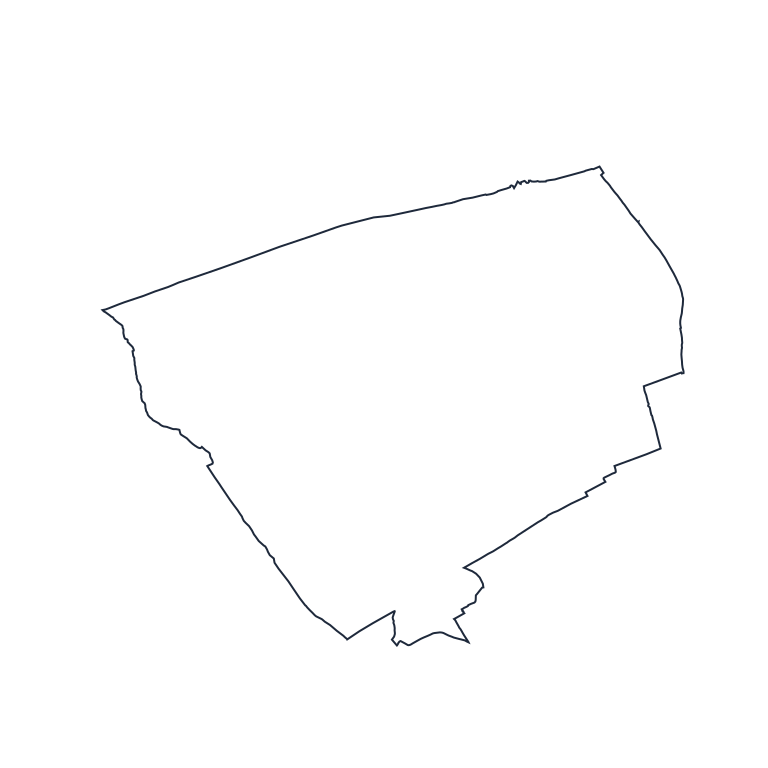 the district of Lozna, Botosani, Romania, rotated 192°
{"feature_id": "2599482B52450047421135", "entity_name": "Lozna", "entity_type": "district", "adm_level": 2, "iso_a3": "ROU", "parent_name": "Romania", "parent_adm1": "Botosani", "projection": "robinson", "projection_center": [26.277, 47.936], "detail": "fine", "context": "isolated", "style": "outline", "palette": "slate", "viewbox_px": 768, "rotation_deg": 192, "n_neighbors": 0, "source": "geoboundaries", "source_scale": "gbopen_adm2", "svg_char_len": 6152}
<svg xmlns="http://www.w3.org/2000/svg" viewBox="0 0 768 768"><g transform="rotate(192 384 384)"><path d="M458.2,530.2L463.6,527.1L484.0,514.6L514.7,496.5L540.7,480.1L566.5,464.1L589.9,450.0L605.9,440.6L611.1,436.9L615.5,433.9L627.3,426.9L637.4,420.3L654.9,410.0L659.8,406.9L666.9,402.2L669.0,400.8L671.9,399.0L674.7,397.8L673.2,396.8L671.2,396.2L666.9,394.3L664.7,393.2L662.8,392.7L662.1,391.9L661.2,391.0L660.5,390.8L659.3,389.9L657.5,389.1L656.2,388.5L653.3,387.3L652.1,386.6L651.7,385.9L651.3,384.6L650.7,384.0L650.1,382.8L649.7,380.7L649.6,379.8L648.0,376.2L647.0,374.8L646.9,374.6L646.2,374.4L644.4,374.2L643.9,373.7L643.4,371.7L643.2,371.5L641.8,370.8L640.9,370.0L639.5,369.2L637.6,367.9L636.7,366.7L635.9,365.5L635.7,364.7L636.8,363.8L636.1,362.0L635.1,359.3L633.6,357.5L633.3,355.8L632.3,353.1L631.8,350.9L630.9,349.3L629.8,345.9L628.9,343.7L628.7,343.1L628.7,342.4L628.0,341.3L627.4,340.0L627.3,339.1L626.8,338.0L626.1,336.8L625.2,335.4L623.1,333.2L621.8,331.5L621.4,330.8L621.2,329.4L620.9,328.2L620.5,327.1L619.8,326.4L619.6,325.2L619.6,323.7L618.9,321.9L618.6,320.3L617.8,318.6L617.0,317.1L615.2,316.0L614.1,315.4L613.2,313.9L612.3,310.8L611.8,309.9L611.1,308.2L609.8,306.8L608.5,304.6L607.2,303.5L605.7,302.5L604.1,301.8L602.5,300.6L601.3,300.2L599.8,299.8L597.4,299.1L595.7,298.5L594.2,297.6L592.8,297.1L592.0,296.9L590.6,296.7L589.4,296.8L587.3,296.9L586.3,296.7L581.5,296.1L580.6,296.1L578.2,296.6L575.3,296.7L574.6,296.6L573.7,294.7L572.8,293.0L572.0,292.3L569.7,291.4L565.6,289.9L561.7,287.3L558.7,285.6L556.1,284.4L555.2,284.1L553.2,283.3L551.7,283.0L550.8,283.0L550.4,283.1L549.6,283.7L549.1,284.6L544.7,282.0L541.5,280.8L540.1,279.9L539.7,279.0L538.7,276.5L536.2,273.7L535.1,271.7L535.2,270.4L536.6,269.3L539.0,267.7L539.8,267.0L530.2,257.5L524.2,251.9L521.5,249.2L510.4,238.5L505.4,234.0L501.0,230.2L497.9,227.1L495.4,224.8L494.5,223.3L492.7,221.0L490.3,219.3L486.4,216.9L482.7,213.3L479.9,209.8L477.9,208.1L473.9,204.4L468.0,201.0L466.3,200.4L464.0,197.8L462.7,195.8L460.1,192.8L455.5,190.4L453.9,186.4L448.7,181.4L436.5,171.1L428.9,163.7L421.7,156.8L415.0,151.1L414.2,150.8L412.7,149.5L409.5,147.3L406.5,145.4L403.6,143.4L402.0,142.6L396.0,141.1L394.8,140.5L392.5,139.2L386.6,137.0L378.9,132.8L371.4,129.3L369.5,128.1L367.2,126.9L366.9,126.5L356.6,137.1L345.2,147.7L327.5,163.3L326.4,164.0L326.2,163.7L326.7,160.2L327.0,157.5L326.3,155.7L325.2,154.3L325.1,152.3L323.8,150.2L322.8,147.5L322.4,145.2L321.6,142.7L321.4,141.7L321.5,140.4L321.6,139.0L323.1,135.6L317.0,130.9L316.8,131.2L316.6,132.1L316.2,132.9L316.1,133.8L315.3,135.3L314.7,135.8L314.3,136.0L309.5,134.6L306.5,133.6L305.8,133.6L304.7,134.0L303.8,134.6L303.1,135.2L302.2,136.1L297.9,139.9L295.0,142.4L292.3,144.4L288.8,146.8L286.2,148.7L284.5,150.1L283.1,150.8L277.6,152.7L275.6,152.9L274.1,152.8L272.9,152.5L271.0,152.0L268.6,151.4L265.1,150.9L263.0,150.5L257.0,150.2L255.7,150.2L253.6,150.1L251.6,150.0L249.4,149.3L247.6,148.9L247.9,149.3L253.4,154.8L255.5,157.1L256.8,158.6L258.2,160.1L259.7,161.3L260.7,162.6L263.8,166.1L265.1,167.7L266.6,168.7L265.3,169.8L257.8,176.4L259.8,178.0L259.4,178.2L261.1,179.8L259.6,181.1L259.0,181.8L257.9,182.5L256.6,183.5L255.7,184.4L255.6,185.2L253.1,187.1L251.2,188.3L250.1,189.0L249.4,190.2L249.4,191.8L250.0,195.2L250.2,196.4L249.3,198.0L245.7,205.2L244.5,205.7L245.8,209.2L250.1,214.6L254.5,217.6L259.0,219.3L260.6,219.5L265.0,220.5L267.5,220.9L260.5,227.2L254.0,232.8L247.7,238.7L246.6,239.7L244.6,241.3L242.5,243.0L238.2,247.2L235.9,249.3L234.6,250.6L233.1,252.1L231.7,253.5L230.8,254.3L229.6,255.7L228.4,257.0L225.7,259.4L224.2,260.8L221.7,263.8L220.6,264.9L204.7,280.8L202.0,283.2L199.0,286.1L197.5,287.6L197.0,288.6L196.3,289.6L195.2,290.6L191.9,293.3L187.6,296.1L176.9,305.2L176.2,305.8L161.7,316.8L164.3,319.9L154.5,328.1L147.1,334.3L149.4,336.7L149.6,337.5L149.1,338.2L144.7,341.6L141.9,343.9L139.7,345.2L139.0,346.2L139.6,348.1L140.3,349.5L141.5,351.7L112.6,369.9L100.0,378.4L106.6,391.7L107.9,394.7L110.1,399.0L111.5,401.7L113.6,405.2L114.6,407.5L115.3,408.8L116.0,409.2L117.8,413.0L119.0,415.9L119.4,416.5L120.5,417.1L121.0,417.4L121.1,417.8L121.1,418.4L120.9,419.4L121.1,419.8L122.2,421.2L125.0,427.1L125.3,427.7L126.5,429.5L127.6,431.3L128.0,432.1L128.6,433.8L129.4,435.8L114.1,445.4L95.7,457.0L94.9,456.2L93.7,456.8L93.3,456.9L93.4,457.7L93.7,458.7L94.0,459.4L95.3,461.9L96.4,464.9L97.2,467.9L98.3,471.4L98.9,473.4L99.3,474.8L99.8,478.3L100.0,479.1L100.0,479.9L100.0,480.8L100.1,481.6L100.5,482.7L100.8,483.9L100.9,484.8L100.8,485.7L100.9,486.6L101.1,487.2L101.8,489.5L102.1,490.9L103.3,494.1L105.8,499.9L105.2,500.6L106.2,502.8L106.8,504.6L107.2,506.5L107.4,508.0L107.5,511.0L107.4,514.6L107.5,516.0L108.0,519.9L108.2,523.5L109.0,528.8L109.3,529.9L110.5,532.1L111.3,534.3L112.0,535.8L112.8,537.3L114.1,539.7L115.0,541.3L116.0,542.6L116.9,543.5L118.2,545.4L120.9,549.0L122.4,550.8L123.4,552.1L129.6,559.1L133.4,563.5L135.8,566.1L138.4,568.5L142.1,572.2L143.6,573.4L147.3,576.2L153.2,581.0L158.4,585.6L160.7,587.6L164.4,591.0L167.1,593.2L168.4,594.5L168.8,595.2L168.8,595.8L169.4,595.3L172.7,597.7L177.2,601.1L178.3,601.9L180.6,604.3L183.2,606.7L186.1,609.4L188.2,611.0L189.9,612.7L191.8,614.3L194.8,617.0L197.0,618.6L198.7,619.9L203.1,623.7L204.0,624.7L205.2,625.7L206.6,626.8L207.4,627.4L209.1,628.4L211.2,630.0L215.1,633.5L213.8,635.3L213.5,635.9L213.2,636.2L218.4,641.5L223.8,637.7L225.5,637.5L231.1,634.6L232.2,633.7L245.3,626.9L255.7,621.6L259.4,619.6L265.0,617.6L267.5,616.5L267.8,615.7L270.8,615.0L274.1,614.2L276.0,614.4L277.3,613.7L279.5,613.1L281.9,612.8L283.0,613.4L284.5,613.0L284.2,611.8L284.9,610.7L286.3,610.4L287.3,611.1L288.7,611.9L289.2,611.7L290.3,610.9L291.8,610.0L291.8,608.1L292.9,608.3L294.0,609.2L295.4,609.8L296.3,606.1L297.5,602.6L299.2,604.5L300.8,604.7L301.6,603.8L301.6,602.7L304.7,600.7L309.8,598.0L312.8,596.3L313.4,595.4L316.5,593.2L319.1,591.9L323.2,590.2L323.9,590.5L327.9,588.7L336.1,584.7L345.1,581.2L352.4,576.9L352.9,576.5L354.2,576.0L355.2,575.3L355.9,575.0L357.9,574.2L360.5,573.3L362.4,572.2L365.0,571.0L367.7,569.9L369.0,569.4L374.0,567.2L379.5,564.9L385.9,562.0L401.5,555.0L413.2,549.8L428.7,544.8L458.2,530.2Z" fill="none" stroke="#1e293b" stroke-width="2"/></g></svg>